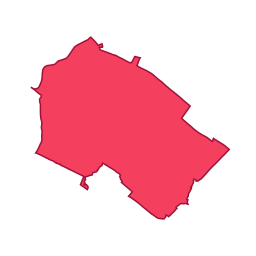 Broscauti, Botosani, Romania (Mercator projection), rotated 79°
{"feature_id": "2599482B91483518558986", "entity_name": "Broscauti", "entity_type": "district", "adm_level": 2, "iso_a3": "ROU", "parent_name": "Romania", "parent_adm1": "Botosani", "projection": "mercator", "projection_center": [26.483, 47.957], "detail": "fine", "context": "isolated", "style": "filled", "palette": "rose", "viewbox_px": 256, "rotation_deg": 79, "n_neighbors": 0, "source": "geoboundaries", "source_scale": "gbopen_adm2", "svg_char_len": 5676}
<svg xmlns="http://www.w3.org/2000/svg" viewBox="0 0 256 256"><g transform="rotate(79 128 128)"><path d="M159.3,190.9L161.0,188.6L163.0,186.1L163.9,184.8L167.1,180.6L174.6,185.5L180.7,179.7L179.6,178.9L178.7,178.5L178.0,178.5L177.1,178.7L176.2,179.3L175.6,179.8L175.6,180.4L175.5,181.0L175.6,181.4L175.3,181.6L174.8,181.9L174.5,181.6L174.2,181.0L174.0,180.6L173.4,180.8L172.9,181.0L172.4,181.1L172.1,180.9L171.6,180.9L171.2,180.4L170.8,179.5L170.1,179.5L169.5,179.7L169.1,179.6L168.6,179.7L168.0,179.3L167.7,178.7L167.9,177.7L167.6,176.2L167.3,175.4L167.3,174.4L167.4,173.5L167.2,172.1L166.8,171.9L165.8,171.5L165.4,171.1L165.2,170.7L165.1,169.5L165.0,168.9L165.0,168.6L165.1,168.1L165.0,167.4L164.8,167.0L164.6,166.7L163.9,166.2L163.5,166.1L163.3,166.1L163.2,165.9L163.2,165.6L163.3,165.6L163.3,165.2L163.1,165.0L162.8,164.9L162.3,164.6L161.9,164.3L161.4,163.7L160.8,162.9L160.3,162.1L160.3,161.8L160.1,161.0L159.8,160.8L159.4,160.5L158.2,160.0L157.8,159.7L157.7,159.4L163.9,152.6L166.5,149.8L168.1,148.3L168.8,147.8L169.4,147.3L169.8,147.0L170.3,146.3L172.4,144.4L172.7,144.5L172.9,144.5L173.8,145.4L174.4,145.0L174.7,145.1L175.0,145.2L175.7,145.2L178.0,144.6L179.6,143.8L180.2,144.8L191.4,135.9L195.2,140.5L196.6,138.7L201.1,134.4L204.7,131.2L208.6,128.2L211.3,125.9L215.4,122.5L216.9,121.3L218.2,119.8L218.7,119.4L219.3,118.8L220.4,117.9L220.9,117.4L221.3,117.0L221.5,116.6L221.8,116.2L222.5,115.4L222.9,114.1L223.3,113.0L223.6,111.9L223.7,111.4L223.9,111.1L223.9,110.8L224.2,110.1L223.7,109.5L223.0,108.6L222.5,108.1L221.8,107.6L221.3,107.4L221.0,107.2L220.7,107.2L222.2,105.4L222.7,105.1L222.8,105.0L222.0,103.7L221.7,103.2L219.9,100.5L219.0,99.0L218.3,98.1L216.7,96.1L216.4,95.8L216.4,95.6L216.3,95.4L215.7,95.8L215.3,95.9L215.1,96.0L215.0,95.9L214.9,95.6L214.3,94.8L214.1,94.5L213.5,93.3L213.3,92.8L213.0,92.3L212.8,92.0L212.6,91.4L212.4,90.8L212.3,90.0L212.4,89.7L212.7,88.7L212.9,88.3L213.0,88.0L213.1,87.5L213.0,86.9L213.0,86.4L213.0,85.9L213.2,85.3L213.5,85.0L213.6,84.8L213.7,84.6L214.8,83.2L214.0,83.6L213.3,84.2L213.2,84.4L211.9,83.8L211.5,83.8L210.8,83.4L210.7,83.4L210.6,83.2L210.4,83.1L209.9,82.9L209.3,83.9L208.4,83.5L207.3,82.7L206.6,82.0L206.3,82.0L206.0,81.8L205.5,81.6L205.2,81.6L203.9,80.9L200.4,78.1L199.6,77.3L199.3,77.3L199.1,77.4L198.7,77.7L198.4,77.6L198.2,77.3L198.2,77.2L197.9,77.1L197.7,77.2L197.7,76.9L197.6,76.6L196.9,76.2L196.6,76.1L195.6,75.4L194.8,74.6L194.2,74.3L192.9,73.8L192.1,73.8L191.9,73.7L191.7,73.5L190.8,73.1L192.3,70.9L193.1,71.2L193.4,69.6L193.4,69.4L193.2,69.0L192.9,68.6L192.7,68.0L192.4,67.5L192.2,66.8L192.1,66.2L190.7,64.1L190.0,63.2L188.4,61.0L185.1,56.8L182.7,53.5L181.3,51.4L178.8,47.6L175.8,43.3L173.6,40.2L172.9,39.1L171.9,37.6L170.5,35.7L168.6,32.9L168.4,32.7L163.9,36.3L163.2,36.9L161.8,38.3L160.8,39.5L159.3,41.0L157.6,42.9L156.6,43.9L155.2,45.5L154.5,46.0L154.9,46.5L156.5,47.2L157.3,47.7L156.9,48.3L156.4,48.7L154.7,50.2L154.3,50.5L153.7,51.0L153.2,51.6L152.6,52.1L152.1,52.5L151.7,53.0L149.9,55.2L149.6,55.7L147.3,58.2L146.7,58.9L145.5,60.1L142.4,62.9L140.2,64.6L137.8,66.4L135.4,68.5L133.5,69.9L131.3,71.6L128.8,73.6L124.9,69.6L122.0,66.5L118.3,62.8L113.6,66.5L112.5,67.5L108.8,70.3L103.6,74.5L100.7,77.0L99.6,78.0L96.5,80.5L94.3,82.3L93.1,83.2L92.3,83.8L91.4,84.5L89.3,86.0L86.2,88.8L83.8,90.7L82.9,91.4L80.7,93.0L78.7,94.9L76.7,97.2L75.1,99.0L71.9,103.4L69.9,105.9L68.6,107.3L62.9,103.9L61.4,102.6L61.1,103.4L59.1,107.7L61.1,109.2L64.5,112.0L64.4,112.7L64.2,113.5L64.1,114.1L62.5,116.2L59.9,119.2L58.4,121.2L56.9,123.2L54.8,125.7L54.6,125.8L54.5,126.0L54.4,126.2L54.1,126.8L53.6,127.8L53.1,128.9L52.3,130.0L52.0,130.5L51.6,131.1L51.3,131.5L50.5,132.9L49.8,134.0L48.8,135.8L48.1,136.9L47.3,138.3L46.7,139.3L45.8,140.6L45.0,140.6L44.6,140.5L43.6,140.7L43.3,140.8L43.3,140.2L43.6,138.9L43.9,137.8L43.5,137.5L43.1,137.4L42.4,137.3L42.0,137.3L41.7,137.4L41.2,137.4L40.4,137.5L40.5,138.4L40.7,139.3L41.0,140.7L41.2,141.7L40.2,142.0L39.4,142.4L38.8,142.7L35.8,144.5L34.2,145.6L32.4,146.8L31.8,147.0L31.8,147.3L32.1,148.1L32.4,148.3L32.5,148.5L32.5,148.8L32.8,149.2L33.3,149.8L33.6,150.4L34.0,151.6L34.2,152.5L34.5,153.8L35.1,155.6L36.7,161.3L37.3,162.9L37.7,163.9L38.3,164.9L39.0,165.8L43.3,170.1L46.4,173.3L46.9,174.0L47.4,174.6L47.7,175.3L47.9,176.1L48.1,176.9L48.7,181.3L48.8,183.4L50.4,186.0L51.4,187.4L51.6,190.3L51.3,195.8L52.2,198.3L54.2,200.3L57.4,201.5L61.7,202.6L64.0,203.4L65.1,203.8L66.0,204.3L68.1,205.7L68.9,206.2L70.6,207.5L71.0,207.9L71.4,208.4L71.6,209.0L71.8,209.6L71.9,210.2L72.0,211.0L71.9,211.7L71.9,212.0L71.7,212.6L71.4,213.2L70.9,213.8L70.7,214.1L69.7,215.1L69.4,215.5L70.8,214.3L72.5,212.6L76.4,209.6L79.4,206.8L79.6,206.8L80.9,207.4L81.9,208.4L82.4,208.9L82.8,209.2L83.9,209.5L85.5,209.7L86.0,209.6L86.8,209.5L88.0,209.5L88.7,209.5L90.6,210.0L92.4,210.3L94.3,210.7L95.6,210.9L96.8,211.1L99.2,211.5L99.9,211.5L100.7,211.6L101.9,211.7L102.5,211.7L103.0,211.7L105.0,211.5L106.0,211.5L106.7,211.6L109.2,212.3L110.4,212.9L110.9,212.9L112.2,213.0L114.6,213.0L115.5,213.1L116.1,213.2L116.6,213.3L117.1,213.6L118.5,213.9L120.5,214.4L121.6,214.5L122.7,214.7L123.8,215.1L124.7,215.4L125.0,215.5L125.4,215.8L126.1,216.4L127.1,217.2L128.3,218.0L131.1,220.0L132.7,221.3L134.0,222.5L134.4,223.0L134.8,223.3L134.8,223.1L136.1,221.4L138.9,217.5L140.1,216.0L140.8,215.1L141.3,214.5L142.5,212.9L142.8,212.3L143.1,212.2L143.7,211.5L145.4,209.0L145.7,208.3L145.9,208.0L146.5,207.4L147.2,206.7L147.5,206.3L147.7,206.1L148.3,205.3L148.5,205.5L148.7,205.3L148.7,205.1L148.9,204.9L149.0,204.8L149.2,204.5L149.3,204.2L149.5,203.6L150.5,202.4L150.8,201.8L150.9,201.5L150.9,201.3L151.1,201.4L151.3,201.4L151.5,201.2L151.8,201.0L153.3,198.8L159.3,190.9Z" fill="#f43f5e" stroke="#9f1239" stroke-width="1.5"/></g></svg>